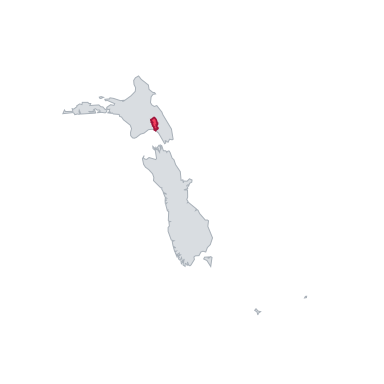 Manawatu District, Manawatu-Wanganui, New Zealand shown in context, rotated 299°
{"feature_id": "76426892B10896556014", "entity_name": "Manawatu District", "entity_type": "district", "adm_level": 2, "iso_a3": "NZL", "parent_name": "New Zealand", "parent_adm1": "Manawatu-Wanganui", "projection": "mercator", "projection_center": [175.693, -40.12], "detail": "fine", "context": "in_parent", "style": "filled", "palette": "rose", "viewbox_px": 384, "rotation_deg": 299, "n_neighbors": 0, "source": "geoboundaries", "source_scale": "gbopen_adm2", "svg_char_len": 6032}
<svg xmlns="http://www.w3.org/2000/svg" viewBox="0 0 384 384"><g transform="rotate(299 192 192)"><path d="M202.8,144.6L204.2,144.7L210.2,140.0L212.7,138.9L213.4,138.8L212.0,140.3L212.4,141.3L210.9,144.5L212.1,143.9L212.9,141.7L213.7,141.3L213.4,140.0L217.0,140.5L215.8,142.7L213.8,144.0L215.0,144.1L217.8,141.8L217.8,143.1L214.2,147.0L215.3,149.1L214.4,150.8L215.4,150.6L216.8,151.9L215.9,153.7L212.0,158.2L211.5,160.5L207.9,164.5L204.1,171.9L196.9,176.8L198.2,178.1L195.8,179.9L197.7,179.6L199.1,182.5L202.3,183.4L202.5,186.2L200.5,187.0L198.4,185.7L195.5,186.2L196.4,185.0L195.2,184.3L193.0,186.6L189.9,183.9L191.6,187.1L185.4,190.7L182.8,191.1L181.9,193.0L180.4,193.2L181.2,193.8L179.3,204.1L177.5,204.1L179.1,205.2L178.9,206.2L176.8,209.2L173.9,217.2L175.0,219.1L174.8,220.4L169.6,222.5L161.8,232.2L154.8,233.5L150.8,232.4L146.2,233.1L145.5,230.3L143.9,228.9L139.7,228.9L137.8,225.9L136.1,225.2L134.1,226.8L127.7,226.5L126.5,226.0L126.2,224.9L128.7,221.9L126.5,223.5L125.5,223.3L126.4,222.0L126.3,220.7L123.6,222.0L123.9,219.4L129.7,217.7L127.4,217.5L127.3,216.5L129.6,214.6L126.5,214.8L127.0,212.5L128.7,212.5L128.1,210.8L131.5,212.5L131.1,211.0L132.4,210.5L130.1,209.3L130.0,207.7L131.2,206.4L132.8,207.0L131.7,205.5L134.6,202.7L135.3,204.9L135.5,201.7L139.1,198.7L140.6,199.9L139.9,197.2L146.0,190.2L149.4,188.3L151.3,188.7L154.4,186.5L155.7,187.4L155.2,185.8L155.6,185.1L163.6,181.1L163.6,179.8L164.4,179.6L163.9,179.3L168.4,175.0L170.3,175.3L169.2,174.1L171.0,172.9L172.9,173.8L171.8,172.5L173.5,171.7L174.3,172.8L174.4,171.1L177.1,167.7L177.6,170.4L178.0,170.1L177.8,167.4L179.8,164.2L181.2,163.5L180.5,162.6L183.3,152.8L186.2,151.6L188.8,148.7L190.6,143.3L191.1,139.3L192.7,136.3L197.1,132.5L200.7,132.5L198.2,132.9L197.9,134.9L198.6,136.6L201.3,137.7L202.8,144.6ZM201.0,42.3L204.8,48.7L206.8,46.8L207.1,48.3L210.8,50.0L211.5,49.4L214.6,51.1L215.1,53.4L217.2,52.6L219.9,57.5L219.4,58.8L220.3,60.5L218.1,60.7L223.0,68.3L222.4,71.0L223.2,72.8L222.0,76.2L224.0,77.2L224.7,76.4L228.9,78.5L229.9,81.7L231.8,81.6L231.1,73.9L229.9,72.0L230.8,70.8L233.5,74.8L234.6,74.6L235.8,77.9L237.2,85.1L238.8,87.4L237.9,87.0L237.7,87.6L238.6,88.3L246.5,92.0L252.5,93.6L255.9,92.1L257.9,89.2L261.3,86.9L264.4,87.1L267.6,89.0L265.9,93.0L264.4,102.0L260.9,104.7L260.1,109.3L260.8,111.1L260.1,112.6L258.6,110.6L255.5,110.1L250.1,112.3L248.7,114.6L248.5,117.5L250.5,119.3L247.3,126.9L245.5,129.0L237.1,143.5L229.0,149.9L228.0,149.3L227.3,146.8L223.9,146.9L224.1,144.0L223.7,143.7L222.4,145.3L221.0,144.7L227.3,134.2L228.4,128.9L227.2,126.2L225.4,123.7L220.2,121.5L217.6,118.9L212.6,116.8L211.1,115.5L210.5,113.8L211.5,111.1L214.2,109.4L218.1,108.4L220.5,105.6L221.9,97.1L223.4,94.0L223.0,92.1L224.5,90.7L222.1,85.3L222.5,83.7L221.8,83.5L220.4,80.0L221.3,79.9L222.1,81.8L223.0,80.2L224.5,79.9L222.7,77.7L220.6,78.4L219.1,77.7L217.9,74.5L215.6,71.0L216.3,70.9L218.2,72.6L218.8,71.3L217.6,69.3L218.1,67.3L216.6,66.1L216.4,67.4L213.8,65.5L212.3,62.4L212.4,64.0L215.4,68.6L214.5,69.5L214.0,69.0L206.3,57.0L208.9,53.7L207.3,54.3L205.9,56.3L205.2,55.5L204.7,54.0L202.8,52.0L203.7,50.8L203.7,49.3L197.9,41.1L201.9,40.7L201.0,42.3ZM141.1,234.6L143.4,238.3L142.1,238.0L142.2,238.8L144.5,239.6L144.5,241.2L135.9,244.5L139.3,238.3L139.1,234.7L141.1,234.6ZM119.9,307.5L120.6,310.0L117.9,308.7L116.4,309.3L118.6,306.9L118.9,304.2L120.9,304.6L119.9,307.5ZM231.4,66.3L231.9,68.7L229.5,66.9L229.3,65.7L230.0,64.9L231.4,66.3ZM212.3,138.0L210.7,138.9L211.1,136.9L212.9,135.6L212.3,138.0ZM126.7,216.7L126.4,218.0L124.1,217.5L125.9,216.0L126.7,216.7ZM155.7,341.8L156.4,342.8L155.1,343.3L153.9,341.8L155.7,341.8ZM129.4,208.6L130.0,210.6L128.4,209.6L129.4,208.6Z" fill="#d9dde1" stroke="#a8b0b8" stroke-width="1"/><path d="M238.7,122.7L237.9,122.3L237.5,121.9L237.4,121.9L237.2,121.9L237.2,122.0L236.9,122.1L236.8,121.9L236.7,121.9L236.4,121.7L236.5,121.6L236.4,121.5L236.2,121.5L236.0,121.4L235.8,121.4L235.7,121.3L235.4,121.3L235.2,121.5L235.2,121.4L235.0,121.5L234.9,121.5L234.9,121.4L234.8,121.5L234.7,121.5L234.8,121.8L234.7,122.0L234.6,121.9L234.5,122.0L234.5,121.9L234.4,121.9L234.4,122.0L234.2,122.1L234.2,122.3L234.1,122.2L234.0,122.3L233.9,122.4L233.9,122.5L233.7,122.5L233.4,122.5L233.4,122.8L233.2,122.8L233.2,123.0L233.0,123.3L232.9,123.4L233.0,123.5L232.9,123.6L233.0,123.7L232.9,123.7L232.9,123.8L233.0,123.9L232.9,123.9L232.9,124.0L232.7,124.1L232.5,124.3L232.4,124.4L232.3,124.5L232.3,124.4L232.2,124.4L232.2,124.5L232.3,124.5L232.2,124.6L232.3,124.6L232.2,124.7L231.9,124.5L231.8,124.8L231.7,124.8L231.4,124.9L231.3,125.0L231.2,125.2L231.2,125.3L231.3,125.3L231.2,125.4L231.2,125.5L230.9,125.7L230.7,125.7L230.7,125.8L230.6,126.0L230.7,126.3L230.5,126.5L230.5,126.9L230.5,127.0L230.4,126.9L230.3,127.1L230.2,127.2L230.1,127.3L229.9,127.4L229.7,127.4L229.5,127.5L229.4,127.7L229.4,127.8L229.3,128.0L229.2,128.2L229.2,128.3L229.1,128.5L228.9,128.7L228.9,128.8L228.7,128.8L228.8,128.9L228.7,128.9L228.7,129.0L228.4,129.0L228.3,128.9L228.2,128.8L228.0,129.0L228.0,128.9L228.0,129.0L228.0,129.5L228.1,130.2L228.0,130.5L228.7,130.5L229.0,130.7L230.4,131.3L230.4,131.2L230.6,131.3L230.7,131.2L230.8,131.2L230.7,131.2L230.7,131.3L230.8,131.3L230.9,131.1L231.0,131.1L230.9,131.2L230.9,131.3L231.0,131.3L231.0,131.2L231.1,131.3L231.2,131.2L231.3,131.2L231.5,131.0L231.6,130.9L231.8,130.9L231.9,130.7L231.8,130.3L231.8,130.2L231.7,129.9L232.6,129.0L232.5,128.8L232.7,128.6L232.8,128.6L232.9,128.8L233.0,128.7L233.0,128.8L233.4,128.9L233.9,129.0L234.2,128.8L234.2,128.7L234.3,128.7L234.4,128.8L234.5,128.8L234.4,128.8L234.5,128.8L234.5,129.0L234.4,129.1L234.5,129.1L234.9,128.6L235.0,128.6L235.1,128.3L235.2,128.5L235.4,128.3L235.6,128.4L235.6,128.2L235.8,127.9L236.0,127.6L236.1,127.4L236.3,127.1L236.5,126.8L236.8,126.9L237.0,126.6L237.1,126.4L237.3,126.2L237.5,126.1L237.6,125.8L237.7,125.7L237.8,125.6L238.1,125.4L238.2,125.2L238.2,124.8L238.2,124.7L238.4,124.5L238.4,124.4L238.5,124.2L238.7,123.9L238.8,123.6L238.7,123.6L238.7,123.3L238.6,123.2L238.8,122.9L238.8,122.7L238.7,122.7L238.7,122.7Z" fill="#f43f5e" stroke="#9f1239" stroke-width="1.5"/></g></svg>